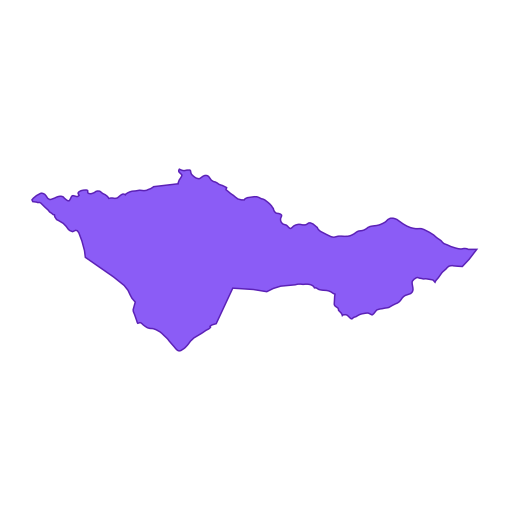 the district of Ti Rocher, Micoud, Saint Lucia, rotated 177°
{"feature_id": "8701671B31259394762981", "entity_name": "Ti Rocher", "entity_type": "district", "adm_level": 2, "iso_a3": "LCA", "parent_name": "Saint Lucia", "parent_adm1": "Micoud", "projection": "mercator", "projection_center": [-60.927, 13.818], "detail": "fine", "context": "isolated", "style": "filled", "palette": "violet", "viewbox_px": 512, "rotation_deg": 177, "n_neighbors": 0, "source": "geoboundaries", "source_scale": "gbopen_adm2", "svg_char_len": 6091}
<svg xmlns="http://www.w3.org/2000/svg" viewBox="0 0 512 512"><g transform="rotate(177 256 256)"><path d="M193.3,281.3L194.1,281.9L194.8,282.6L197.4,285.0L199.9,286.2L200.8,286.3L201.7,286.2L203.9,284.9L204.7,284.6L205.5,284.5L207.7,284.6L210.4,285.3L212.1,285.4L214.7,284.9L215.9,284.4L216.9,283.9L218.8,282.3L219.6,281.8L220.2,281.7L221.0,282.0L222.2,283.2L222.8,284.0L224.0,285.2L227.0,286.3L227.8,286.9L228.5,287.7L229.1,288.6L229.5,289.7L229.6,291.3L229.4,292.4L228.4,294.5L228.3,295.4L228.6,295.8L229.3,296.5L230.0,296.8L231.0,297.2L231.8,297.4L232.7,297.5L233.5,297.7L234.0,298.1L234.9,299.0L235.5,299.9L236.1,301.6L236.2,302.5L237.3,304.1L237.8,305.1L239.4,307.1L241.0,308.7L244.1,311.4L245.3,312.1L246.4,312.6L247.4,312.8L248.7,313.5L249.7,314.1L251.0,314.7L252.1,315.1L253.0,315.2L254.7,315.3L261.5,314.7L263.1,314.1L263.9,313.7L264.5,313.2L264.8,312.6L267.6,312.8L270.8,313.8L271.6,314.2L272.0,314.7L273.3,315.7L275.5,317.8L276.5,318.5L278.3,319.9L280.4,321.9L282.4,323.7L282.5,324.2L281.7,325.7L282.0,326.0L285.9,328.2L287.6,328.8L289.5,329.7L290.7,330.8L292.7,332.0L293.0,332.1L294.4,332.5L295.5,333.2L296.7,334.1L298.8,337.4L299.3,338.0L299.8,338.4L300.5,338.8L301.2,339.0L302.0,339.1L303.3,339.0L305.0,338.3L307.7,336.5L308.6,336.2L309.3,336.2L311.3,336.8L312.4,337.4L314.0,338.7L314.9,339.6L315.9,340.7L316.3,341.4L316.6,342.2L317.0,344.7L317.6,345.3L320.5,345.4L323.0,345.0L324.2,345.1L325.8,345.6L328.0,346.7L328.3,346.3L328.7,345.4L328.7,344.6L328.6,344.1L327.8,343.1L326.1,341.3L325.8,340.7L325.9,340.1L326.2,339.4L327.1,338.0L328.7,335.9L329.9,333.1L329.9,332.2L354.6,330.6L355.8,329.8L357.6,328.8L360.2,328.0L361.9,327.3L364.5,327.1L368.8,327.8L372.8,327.3L376.4,327.2L378.5,326.7L380.8,325.8L382.9,324.6L383.3,323.9L384.1,324.5L385.0,324.8L385.7,324.8L386.2,324.7L387.3,324.2L388.4,323.5L391.3,321.3L392.6,321.0L394.0,320.9L396.2,321.4L397.2,321.5L398.0,321.5L400.0,321.2L400.2,321.5L400.5,322.2L400.9,322.8L401.7,323.7L403.4,325.1L405.9,326.5L408.2,328.6L409.1,329.0L410.9,329.2L412.4,328.9L414.0,327.9L414.9,327.5L417.0,326.9L418.1,326.8L419.0,327.0L419.7,327.2L420.3,327.6L420.7,328.0L420.7,328.8L420.6,329.9L420.8,330.3L421.6,330.7L422.2,330.8L424.5,330.8L426.2,330.6L427.5,330.3L428.6,329.8L429.5,329.3L430.2,328.6L430.4,327.7L429.5,325.8L430.4,325.1L430.8,324.9L431.4,324.7L432.1,324.8L435.2,325.8L436.3,325.8L437.2,324.9L438.7,322.2L439.3,321.4L439.7,321.0L440.1,320.9L440.9,321.0L442.1,321.7L444.3,323.7L445.0,324.6L445.7,325.3L446.0,325.4L447.6,325.9L449.0,325.9L450.4,325.7L452.2,325.2L453.5,324.6L457.2,323.4L458.1,323.2L459.0,323.2L460.3,324.0L461.0,324.5L462.4,326.9L463.7,328.6L464.8,329.3L465.8,329.7L466.9,330.0L467.4,329.9L467.9,329.8L469.4,329.1L472.1,327.8L475.3,325.4L476.8,323.8L476.1,322.0L472.3,321.3L471.2,320.8L469.3,320.8L468.1,320.1L464.1,315.7L461.2,312.8L459.8,310.8L457.9,309.4L456.3,307.9L455.1,307.7L454.9,305.7L453.2,302.8L451.1,301.6L446.8,298.7L444.0,295.5L441.9,292.3L440.5,291.1L437.9,289.9L434.8,291.1L433.1,290.6L431.7,288.4L429.1,280.2L427.0,270.4L426.5,263.6L399.3,242.5L389.2,233.5L385.6,228.4L383.7,223.7L382.1,220.3L379.0,216.3L381.5,208.8L381.4,207.0L380.3,203.8L378.7,198.3L378.0,195.7L377.6,195.0L375.6,195.5L375.1,195.5L374.5,195.3L373.1,194.1L372.3,193.2L370.4,191.6L368.6,190.3L367.6,189.8L365.6,189.2L362.8,188.9L361.9,188.6L359.6,187.6L355.9,185.3L354.2,183.8L351.7,181.1L349.3,178.6L348.3,177.4L347.4,176.0L345.9,174.0L342.5,169.7L341.2,167.9L340.2,166.7L339.5,166.1L338.6,165.5L337.7,165.3L337.0,165.3L336.0,165.5L333.0,167.2L331.7,168.1L329.4,170.3L328.1,171.7L325.9,174.4L324.1,175.9L322.4,177.4L313.7,182.0L309.8,184.4L306.9,185.7L305.2,187.1L305.3,187.9L305.6,188.1L305.5,188.3L304.3,189.1L303.4,189.5L301.9,189.9L299.3,190.5L280.9,225.1L260.4,222.7L247.1,219.8L240.4,222.7L232.9,224.6L218.3,225.2L216.4,225.6L215.5,225.7L212.9,225.6L210.6,225.2L209.5,225.2L208.6,225.3L206.2,225.2L204.5,224.9L203.4,224.6L202.3,224.2L200.7,223.2L199.6,221.8L199.3,221.1L198.0,221.1L197.3,220.9L195.7,219.7L194.8,219.2L193.3,218.8L191.4,218.4L187.4,217.9L185.4,217.4L183.1,216.3L180.7,214.5L179.1,213.8L179.6,211.3L179.9,208.4L180.3,204.8L180.4,203.7L180.2,202.9L179.7,202.0L179.3,201.6L177.1,199.9L176.8,199.5L176.5,198.7L176.4,197.4L174.9,195.7L173.9,194.5L173.1,193.0L172.9,192.0L172.4,192.4L172.0,192.7L171.4,192.7L169.5,192.7L168.5,192.4L167.6,191.7L164.9,188.8L164.1,188.3L163.5,188.2L161.6,189.6L161.0,189.8L159.3,190.2L157.3,191.3L156.0,191.9L154.9,192.3L153.3,192.7L149.0,193.2L147.2,193.2L146.2,192.8L143.8,191.4L143.4,191.2L142.8,191.2L141.4,192.3L138.9,195.1L138.5,195.5L137.9,195.9L137.2,196.1L135.1,196.6L132.5,196.8L130.2,197.2L126.9,197.5L126.0,197.7L122.3,199.6L119.1,201.0L117.3,201.6L115.5,202.7L114.6,203.5L113.6,204.6L112.2,206.4L110.7,207.8L109.0,208.8L103.5,210.4L102.1,211.6L101.7,212.2L101.3,213.0L101.0,214.0L101.0,214.8L101.0,215.9L101.5,220.2L101.5,221.3L101.4,222.0L101.1,222.7L100.8,223.1L99.4,224.5L98.9,224.8L97.0,225.9L95.9,226.1L95.3,225.9L93.8,225.3L91.9,224.9L90.3,224.4L89.6,224.3L88.7,224.4L87.6,224.4L81.2,223.0L80.5,222.7L80.1,222.3L78.6,220.4L77.8,221.9L75.1,224.7L71.3,229.5L70.5,230.3L66.8,233.2L65.8,234.3L64.1,235.6L63.5,235.8L61.9,236.1L60.1,236.1L59.2,235.8L54.8,235.2L50.5,234.7L43.3,241.6L35.2,251.1L43.6,251.5L45.0,252.2L46.4,252.5L47.6,252.6L48.2,252.6L50.1,252.3L51.4,252.3L53.6,252.7L56.5,253.6L60.8,255.2L64.2,257.0L67.6,258.5L69.0,259.8L70.3,261.5L71.1,262.2L73.8,264.2L75.4,265.6L77.5,267.7L81.6,270.6L86.8,273.6L88.0,274.1L89.3,274.6L90.8,274.8L92.8,274.8L95.0,274.9L97.7,275.5L100.3,276.3L103.8,278.0L106.9,280.0L108.0,280.8L113.4,285.1L115.1,285.9L116.8,286.5L119.4,286.7L120.3,286.5L122.4,285.5L124.4,283.7L125.4,283.0L127.7,281.9L130.3,280.9L131.7,280.5L134.1,280.1L136.1,280.0L139.2,279.7L140.5,279.5L142.8,278.6L144.3,277.5L146.7,276.3L148.8,275.8L152.0,275.6L153.0,275.3L154.3,274.7L156.9,273.0L158.8,272.1L160.9,271.3L163.4,270.9L166.7,271.0L170.0,271.4L172.1,271.5L173.4,271.4L176.8,270.7L177.7,270.7L179.5,271.2L180.5,271.6L184.5,273.8L190.3,277.2L191.9,278.7L192.6,279.6L193.0,280.3L193.3,281.3Z" fill="#8b5cf6" stroke="#5b21b6" stroke-width="1.5"/></g></svg>